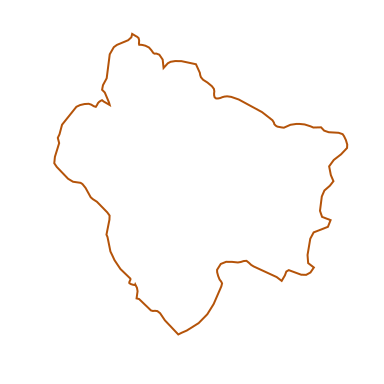 map outline of Bragança (Equal Earth projection), rotated 102°
{"feature_id": "PRT-750", "entity_name": "Bragança", "entity_type": "District", "adm_level": 1, "iso_a3": "PRT", "parent_name": "Portugal", "parent_adm1": "", "projection": "equal_earth", "projection_center": [-6.92, 41.518], "detail": "fine", "context": "isolated", "style": "outline", "palette": "amber", "viewbox_px": 384, "rotation_deg": 102, "n_neighbors": 0, "source": "natural_earth", "source_scale": "10m", "svg_char_len": 2285}
<svg xmlns="http://www.w3.org/2000/svg" viewBox="0 0 384 384"><g transform="rotate(102 192 192)"><path d="M270.4,256.9L267.2,259.4L253.6,265.3L251.5,266.8L236.3,267.0L232.2,267.7L229.5,270.7L221.3,283.0L219.6,287.5L218.2,290.0L210.1,297.0L207.0,300.8L206.2,302.9L206.7,310.5L204.8,316.0L195.6,329.5L192.5,332.7L186.1,333.4L171.8,332.1L167.0,334.5L166.8,334.5L163.1,333.6L153.2,333.1L132.7,322.8L130.2,319.5L128.3,315.4L127.2,311.4L127.5,308.7L128.5,305.9L128.7,303.8L126.4,302.9L124.7,302.5L123.2,301.6L121.9,300.4L120.9,299.1L121.9,297.1L124.0,290.6L121.7,291.8L112.8,298.0L110.7,301.2L106.0,301.3L98.5,299.1L80.3,300.6L74.4,301.1L66.6,298.6L63.7,296.0L56.8,286.0L53.3,283.5L49.8,283.4L51.2,279.3L51.6,277.9L52.6,276.2L54.8,275.2L58.1,274.7L59.0,274.2L58.6,272.6L58.5,270.6L58.6,268.0L59.6,264.1L61.7,261.3L64.0,258.8L64.5,257.5L64.0,255.6L64.5,252.5L68.6,248.2L76.6,245.6L71.1,242.4L69.1,240.0L67.5,235.9L66.2,229.7L66.2,214.7L73.8,209.1L75.9,208.3L77.9,207.1L79.9,204.5L81.7,199.7L84.4,194.5L86.6,192.0L88.9,191.1L91.0,190.9L93.0,190.4L94.7,189.5L95.5,187.9L95.1,186.0L94.2,183.9L92.9,182.0L91.9,180.0L91.1,177.5L90.8,173.5L91.8,165.5L99.3,140.1L105.1,128.2L107.1,126.3L108.5,125.6L109.7,123.9L110.3,122.1L110.2,117.9L110.0,115.5L105.8,109.7L103.8,104.3L103.1,101.3L102.5,95.9L103.1,89.8L103.7,86.7L102.3,80.8L101.9,79.2L104.5,75.5L105.1,70.7L103.6,60.9L104.1,56.7L105.8,54.9L109.3,52.2L113.4,50.0L116.7,49.5L124.1,54.0L131.2,60.0L138.4,63.2L146.6,59.7L152.0,55.9L154.1,56.9L157.3,58.5L163.0,62.8L169.4,64.1L183.8,62.9L189.3,59.6L190.7,50.6L197.8,51.8L206.2,64.6L213.1,66.6L229.6,65.9L237.4,63.6L240.5,57.1L246.1,59.4L249.3,63.1L250.2,68.0L248.3,81.1L250.2,83.2L254.3,83.8L260.3,85.8L257.6,91.5L252.0,116.2L251.0,119.0L249.4,121.6L248.0,124.4L248.8,127.1L250.3,129.7L251.4,132.5L252.0,138.1L253.2,144.1L256.4,148.9L262.9,151.3L265.3,150.7L268.8,148.9L271.9,146.8L273.5,144.9L275.1,143.6L278.2,143.7L297.0,147.5L308.4,151.6L318.8,158.2L328.6,168.3L331.8,172.8L334.2,175.8L323.2,191.8L317.2,198.0L315.7,201.1L315.9,203.5L316.5,205.5L316.4,207.5L307.7,221.5L307.6,224.1L300.4,224.6L297.2,225.9L294.2,228.3L294.9,228.4L295.0,230.3L294.8,232.6L294.2,234.3L293.3,234.6L290.4,234.0L289.5,234.3L282.2,246.0L274.8,253.6L270.4,256.9Z" fill="none" stroke="#b45309" stroke-width="2"/></g></svg>